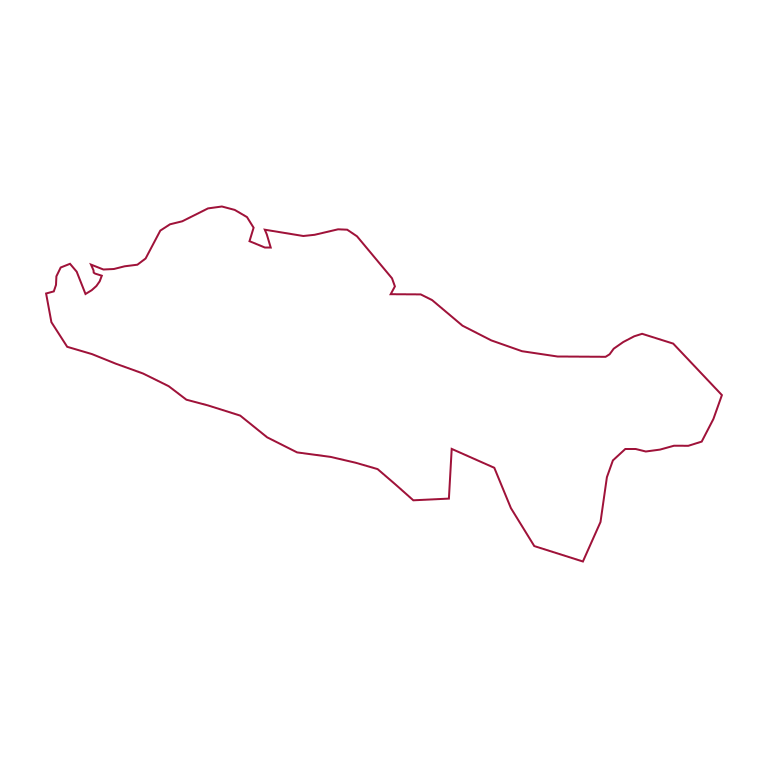 the border of Puerto Plata
{"feature_id": "DOM-1965", "entity_name": "Puerto Plata", "entity_type": "Province", "adm_level": 1, "iso_a3": "DOM", "parent_name": "Dominican Republic", "parent_adm1": "", "projection": "albers", "projection_center": [-70.865, 19.728], "detail": "fine", "context": "isolated", "style": "outline", "palette": "rose", "viewbox_px": 768, "rotation_deg": 0, "n_neighbors": 0, "source": "natural_earth", "source_scale": "10m", "svg_char_len": 1188}
<svg xmlns="http://www.w3.org/2000/svg" viewBox="0 0 768 768"><path d="M46.1,293.5L53.8,291.4L56.0,284.9L56.4,276.3L60.7,267.5L70.0,263.8L76.7,271.7L85.5,294.0L91.7,290.2L96.4,286.0L99.7,281.3L101.8,275.7L95.1,273.6L93.7,272.6L93.5,270.3L91.0,264.6L103.4,269.5L113.9,269.0L124.6,266.3L137.4,264.7L145.6,258.5L160.3,230.6L170.0,224.3L182.2,221.3L208.0,208.4L221.9,206.5L234.7,209.9L247.0,217.1L253.6,227.7L249.5,241.2L264.8,247.5L270.7,247.5L266.8,234.4L264.8,229.7L303.3,236.0L314.6,234.8L338.1,229.3L347.2,229.7L357.0,236.3L392.0,278.3L394.9,286.4L390.7,294.2L420.7,294.4L432.1,300.1L462.5,325.7L491.3,340.4L522.0,351.2L557.5,356.5L605.6,356.8L609.6,354.3L613.7,348.7L623.3,342.0L634.2,336.3L642.1,333.8L673.2,343.6L721.9,395.1L713.4,419.0L701.7,441.6L688.3,445.8L674.1,445.7L660.0,449.6L645.8,451.5L635.7,449.0L625.3,449.0L612.9,460.4L606.9,477.2L600.5,522.0L582.9,561.5L534.3,546.1L510.9,508.1L494.3,467.8L451.7,448.9L448.9,498.6L413.3,500.3L395.5,484.5L377.6,469.1L355.5,462.7L330.6,456.9L297.1,452.4L267.1,437.3L240.2,415.6L207.9,405.4L186.4,399.7L168.7,386.2L143.0,373.5L115.8,363.7L92.0,354.1L67.2,346.8L51.4,322.2L46.1,293.5Z" fill="none" stroke="#9f1239" stroke-width="2"/></svg>